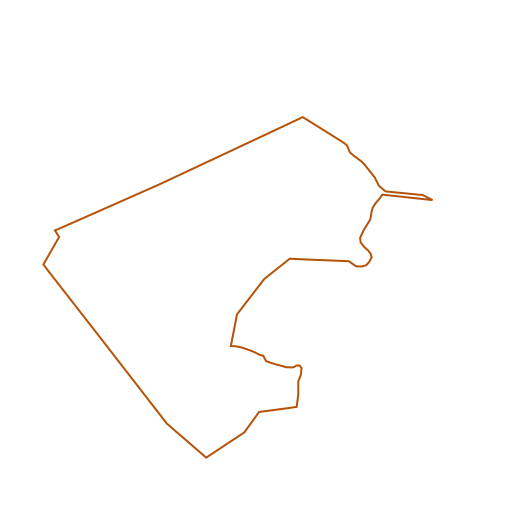 Campo Alegre do Fidalgo, Piauí, Brazil, rotated 52°
{"feature_id": "56859067B37876647351724", "entity_name": "Campo Alegre do Fidalgo", "entity_type": "district", "adm_level": 2, "iso_a3": "BRA", "parent_name": "Brazil", "parent_adm1": "Piauí", "projection": "natural_earth1", "projection_center": [-41.776, -8.244], "detail": "fine", "context": "isolated", "style": "outline", "palette": "amber", "viewbox_px": 512, "rotation_deg": 52, "n_neighbors": 0, "source": "geoboundaries", "source_scale": "gbopen_adm2", "svg_char_len": 1087}
<svg xmlns="http://www.w3.org/2000/svg" viewBox="0 0 512 512"><g transform="rotate(52 256 256)"><path d="M220.9,117.1L184.2,130.4L175.3,133.7L172.0,148.4L146.5,260.0L144.3,269.7L139.3,291.2L116.8,380.4L112.1,398.7L119.8,399.4L131.8,428.8L141.1,428.9L144.6,428.9L147.4,428.9L221.8,429.0L325.2,429.4L332.9,429.5L384.2,419.4L387.8,373.8L380.8,349.6L396.5,322.9L399.9,316.8L391.2,308.0L380.9,299.9L377.2,293.8L372.4,289.1L369.1,289.0L367.3,291.4L366.7,295.2L362.5,300.4L352.9,307.6L348.7,310.5L345.1,312.7L341.9,312.3L339.1,311.6L336.6,313.7L329.7,317.0L325.7,319.4L320.5,322.8L317.9,324.7L314.6,327.6L311.5,331.3L290.3,306.9L279.2,263.7L278.9,231.1L294.0,213.5L317.2,186.1L325.6,183.5L329.0,179.7L331.1,175.0L330.4,170.4L328.2,165.7L325.1,164.3L321.1,164.2L315.7,165.2L309.6,165.1L305.8,162.8L301.8,154.9L297.6,143.6L295.0,140.5L292.4,137.9L289.9,134.4L288.0,129.4L286.9,123.4L285.4,118.7L320.6,82.5L310.7,87.0L284.8,114.2L276.4,115.9L267.2,114.1L261.7,114.1L250.3,114.2L246.3,114.7L237.0,117.3L232.2,118.2L224.8,116.2L220.9,117.1Z" fill="none" stroke="#b45309" stroke-width="2"/></g></svg>